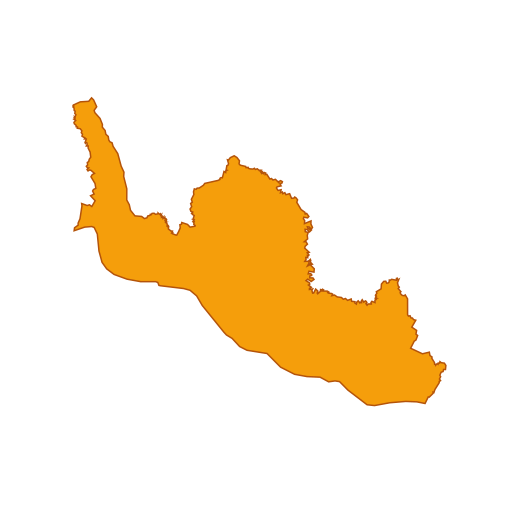 Mueang Bueng Kan, Bueng Kan, Thailand (Robinson projection), rotated 190°
{"feature_id": "78962969B58196939194054", "entity_name": "Mueang Bueng Kan", "entity_type": "district", "adm_level": 2, "iso_a3": "THA", "parent_name": "Thailand", "parent_adm1": "Bueng Kan", "projection": "robinson", "projection_center": [103.635, 18.285], "detail": "fine", "context": "isolated", "style": "filled", "palette": "amber", "viewbox_px": 512, "rotation_deg": 190, "n_neighbors": 0, "source": "geoboundaries", "source_scale": "gbopen_adm2", "svg_char_len": 6083}
<svg xmlns="http://www.w3.org/2000/svg" viewBox="0 0 512 512"><g transform="rotate(190 256 256)"><path d="M439.5,249.3L429.7,254.7L422.9,256.5L420.3,256.0L416.1,250.1L411.5,233.6L406.5,223.0L400.8,217.4L392.6,213.2L379.0,210.8L365.0,210.7L350.3,213.3L348.1,212.9L346.5,210.2L345.0,210.1L321.7,211.4L315.0,210.8L307.5,206.4L300.3,197.9L274.4,175.4L271.4,173.1L265.2,170.7L256.4,164.0L248.5,161.6L228.2,161.9L212.5,150.8L197.5,146.2L184.8,146.1L171.9,147.8L162.6,144.7L156.5,146.7L151.9,146.8L142.2,139.9L120.8,128.8L113.3,129.3L98.8,134.7L83.3,138.8L72.3,140.3L63.9,140.1L61.9,147.1L60.9,147.1L57.8,151.4L58.0,152.7L57.1,152.4L56.6,155.6L53.6,163.0L53.8,164.3L52.6,165.3L54.0,166.7L53.2,169.2L54.3,170.5L53.5,173.7L51.7,174.7L51.6,176.8L49.7,177.1L50.0,181.2L51.9,183.2L55.0,183.1L56.5,183.9L56.6,182.4L58.0,182.2L57.9,180.9L59.1,181.2L60.1,179.7L60.3,180.5L61.3,180.4L61.8,182.1L65.1,185.8L65.1,187.1L67.4,188.2L68.6,191.4L75.1,188.6L87.7,192.0L85.4,199.6L83.9,201.0L83.0,205.8L84.9,206.8L84.9,210.6L90.2,213.0L87.5,220.5L89.8,220.7L91.2,222.1L92.6,221.9L93.9,223.9L95.4,223.3L96.5,224.4L99.3,240.1L102.3,243.6L103.2,242.6L105.2,242.6L107.1,243.9L107.7,245.1L107.1,246.0L110.3,248.6L109.5,250.2L110.8,251.3L112.0,254.2L111.3,257.7L112.0,257.0L113.0,258.7L113.8,258.3L113.6,256.5L118.4,256.6L119.7,255.3L120.5,255.5L120.4,253.3L121.3,252.3L122.6,251.9L123.8,253.7L125.8,253.2L127.6,250.1L127.1,245.4L131.3,241.7L130.5,240.3L131.4,238.5L130.7,237.7L131.3,237.5L130.6,236.4L131.1,235.5L129.8,235.3L130.9,234.7L130.1,234.0L131.2,233.2L130.7,230.8L134.0,231.5L134.7,230.2L134.1,228.8L137.3,228.2L138.1,226.8L139.5,228.2L138.7,229.3L139.5,230.4L140.5,230.8L141.9,229.3L143.8,231.4L144.4,230.1L144.0,228.4L145.3,228.6L145.6,227.8L147.6,229.6L148.8,228.0L148.8,226.1L150.5,226.9L150.6,228.2L154.0,228.0L154.8,230.2L158.1,228.2L160.5,229.7L162.5,228.6L164.7,230.0L168.9,229.8L171.9,231.2L174.4,230.1L173.9,231.7L174.9,232.2L178.4,232.0L179.0,232.5L178.2,233.2L179.6,233.8L184.9,233.0L183.7,234.4L184.7,234.8L184.9,234.1L186.6,234.2L186.5,232.3L188.7,229.5L189.3,230.1L189.0,232.2L191.5,233.8L192.8,229.5L193.8,229.3L195.0,231.8L194.5,233.4L197.6,232.3L197.7,233.4L196.1,234.8L199.3,236.5L198.2,237.4L198.6,238.8L202.5,240.4L201.1,242.2L197.2,240.5L194.8,243.0L196.1,244.3L199.3,243.8L199.5,245.7L197.8,246.5L197.9,247.3L199.1,248.1L201.5,247.5L201.2,250.2L196.1,250.2L196.4,253.5L201.1,256.8L199.1,257.7L200.7,258.9L201.8,256.4L203.6,255.1L202.6,258.0L203.0,260.0L201.7,259.5L201.2,260.8L201.9,262.1L203.4,259.9L207.0,259.2L206.1,261.3L206.7,263.2L204.8,263.3L205.5,265.4L204.5,265.3L204.0,266.2L206.1,268.1L204.3,268.9L209.4,272.2L209.3,274.1L207.4,276.6L209.2,278.7L210.8,278.5L208.1,281.8L209.1,285.2L208.7,288.3L211.7,288.5L212.3,290.8L210.1,290.9L207.5,289.0L206.0,291.1L209.7,292.3L210.5,293.7L208.7,293.8L206.2,292.1L205.3,293.9L207.5,297.1L207.9,300.1L213.9,296.3L214.2,299.3L215.8,300.9L215.7,302.5L211.8,302.5L210.8,304.1L213.5,306.7L214.8,305.9L215.4,307.5L219.7,309.6L225.2,316.0L224.8,318.5L226.5,320.1L228.1,320.8L228.7,319.6L231.0,319.0L233.7,323.2L237.2,321.6L238.6,323.4L240.4,322.0L241.1,323.6L242.9,322.5L242.8,325.6L245.6,324.4L246.7,325.4L247.7,326.6L247.2,327.8L243.5,329.4L244.3,330.2L244.2,331.8L243.1,332.4L242.9,333.8L244.8,334.5L246.4,333.4L246.1,332.1L250.2,334.9L252.5,333.8L254.2,335.0L255.7,334.2L259.5,338.3L261.1,337.8L260.9,339.4L262.5,339.7L263.0,338.5L263.8,339.3L264.6,338.2L265.7,339.3L264.9,340.4L266.7,340.5L266.1,341.3L268.0,341.0L269.9,342.1L271.7,341.1L272.8,342.1L274.1,341.1L276.8,340.8L278.7,341.0L279.1,341.9L281.2,341.3L281.7,342.4L287.2,342.7L288.7,343.8L288.8,346.9L291.9,349.7L294.9,350.9L298.4,348.4L299.8,345.7L300.8,345.8L299.1,342.2L299.4,340.5L300.4,339.9L300.4,335.5L299.5,335.4L300.6,334.5L300.4,333.0L302.2,333.7L302.7,327.2L304.1,327.1L305.0,326.2L304.8,325.1L306.6,323.8L319.1,318.6L320.1,316.5L323.7,313.1L325.8,312.6L326.5,311.3L328.4,311.4L328.7,308.3L327.9,305.8L329.5,300.6L328.1,297.9L329.5,296.4L327.9,293.4L329.1,290.8L327.9,288.7L326.0,288.3L326.7,286.9L325.9,286.9L326.0,286.0L323.9,285.1L324.3,282.0L323.7,281.5L324.4,281.2L323.2,280.8L323.8,280.0L323.0,279.3L324.0,278.8L322.7,277.7L322.8,276.4L321.2,275.4L321.3,274.7L325.9,273.0L328.9,275.2L334.9,276.1L334.9,274.3L336.4,273.6L335.5,270.5L336.5,266.4L337.7,262.8L338.5,262.7L342.0,263.4L342.0,264.4L343.0,264.0L342.6,266.0L344.2,265.9L347.0,267.4L347.1,269.7L347.7,269.5L347.8,270.6L348.7,270.1L349.0,272.1L350.8,273.4L350.2,273.8L350.7,273.8L351.5,274.9L350.4,275.0L350.4,276.4L351.2,276.8L351.7,276.0L351.4,277.0L352.5,276.9L352.4,278.1L353.5,277.4L353.6,278.4L354.2,277.4L354.3,278.2L355.6,277.7L355.3,279.1L356.5,279.1L356.4,280.2L356.9,279.5L357.5,280.9L358.0,280.3L359.8,281.3L359.6,280.7L362.1,279.6L363.8,280.4L365.8,279.9L366.4,278.5L367.3,278.7L367.5,277.6L369.6,276.6L370.0,274.7L372.4,273.5L375.5,275.1L382.2,274.5L387.5,279.2L389.7,284.5L393.0,288.7L394.9,299.7L400.1,311.3L400.6,315.6L404.4,321.1L409.9,332.8L415.8,339.2L417.4,342.5L419.7,343.1L421.1,344.6L422.3,348.1L425.0,349.8L426.4,353.4L429.7,356.2L430.1,358.9L433.5,364.4L439.6,369.2L440.7,371.3L438.8,375.3L443.0,381.5L445.4,383.2L447.6,379.3L455.8,377.3L462.1,373.0L462.3,372.1L461.5,371.9L462.0,370.9L460.9,370.2L460.3,367.7L459.2,367.2L459.2,364.9L457.9,363.9L458.3,361.7L458.9,361.8L458.3,360.9L459.0,360.6L458.2,359.7L459.1,359.1L457.1,358.2L458.5,356.0L457.9,354.7L455.8,353.4L455.6,352.1L454.2,352.1L454.2,350.8L451.2,350.8L449.2,349.0L449.5,347.1L448.0,345.8L448.2,343.8L445.0,342.5L445.3,341.5L444.5,341.7L444.6,342.4L443.4,341.7L444.1,338.0L443.6,337.4L443.3,338.3L442.2,338.1L441.6,336.7L442.2,334.9L440.3,335.2L440.1,333.2L437.4,329.5L435.9,324.6L437.0,322.4L437.2,319.9L438.4,318.8L437.6,316.4L438.7,314.9L437.5,313.7L436.1,313.7L437.4,311.8L436.2,310.6L434.8,311.8L433.4,311.7L429.4,309.3L431.4,307.7L432.3,305.4L427.1,299.4L425.5,294.8L427.6,293.3L428.2,291.6L426.2,288.9L429.4,286.6L424.0,282.5L426.3,276.2L428.9,277.5L431.0,276.4L436.8,277.4L436.1,275.1L435.8,262.1L436.9,257.5L436.5,255.5L439.6,252.3L439.5,249.3Z" fill="#f59e0b" stroke="#b45309" stroke-width="1.5"/></g></svg>